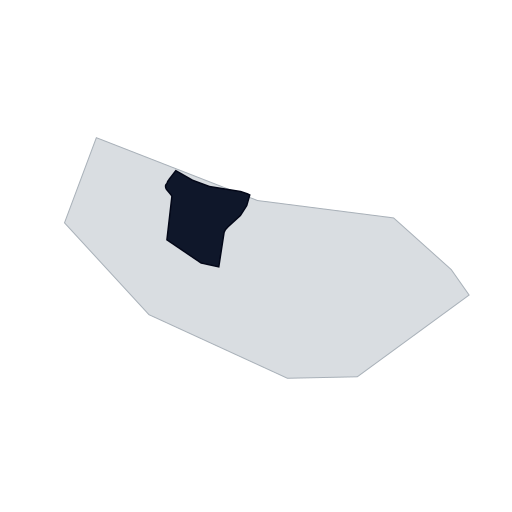 location of Saint Paul within Dominica, rotated 124°
{"feature_id": "DMA-1440", "entity_name": "Saint Paul", "entity_type": "Parish", "adm_level": 1, "iso_a3": "DMA", "parent_name": "Dominica", "parent_adm1": "", "projection": "mercator", "projection_center": [-61.378, 15.359], "detail": "fine", "context": "in_parent", "style": "filled", "palette": "ink", "viewbox_px": 512, "rotation_deg": 124, "n_neighbors": 0, "source": "natural_earth", "source_scale": "10m", "svg_char_len": 735}
<svg xmlns="http://www.w3.org/2000/svg" viewBox="0 0 512 512"><g transform="rotate(124 256 256)"><path d="M335.6,433.3L247.2,454.5L209.2,285.8L147.5,163.2L158.1,86.5L169.2,57.5L299.5,104.5L339.8,161.6L364.5,311.9L335.6,433.3Z" fill="#d9dde1" stroke="#a8b0b8" stroke-width="1"/><path d="M230.1,370.2L228.7,351.1L224.4,333.4L211.1,304.7L209.2,297.7L208.9,295.3L219.4,291.9L231.1,291.6L247.2,295.5L251.3,296.1L254.2,295.7L285.8,280.8L292.5,297.6L292.4,338.9L253.5,359.1L253.2,359.8L253.0,360.2L252.8,360.6L250.8,367.5L249.9,369.0L248.5,370.2L247.8,370.4L247.1,370.6L246.7,370.5L246.3,370.4L245.9,370.4L245.4,370.4L243.6,370.9L243.0,370.9L241.3,370.8L241.1,370.9L230.1,370.2Z" fill="#0f172a" stroke="#020617" stroke-width="1.5"/></g></svg>